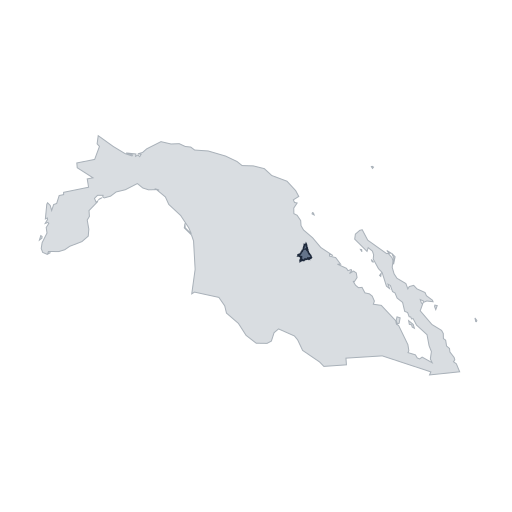 location of San Dimas, Durango, Mexico, rotated 175°
{"feature_id": "50627088B11523678727998", "entity_name": "San Dimas", "entity_type": "district", "adm_level": 2, "iso_a3": "MEX", "parent_name": "Mexico", "parent_adm1": "Durango", "projection": "orthographic", "projection_center": [-105.745, 24.115], "detail": "fine", "context": "in_parent", "style": "filled", "palette": "slate", "viewbox_px": 512, "rotation_deg": 175, "n_neighbors": 0, "source": "geoboundaries", "source_scale": "gbopen_adm2", "svg_char_len": 6394}
<svg xmlns="http://www.w3.org/2000/svg" viewBox="0 0 512 512"><g transform="rotate(175 256 256)"><path d="M63.2,122.9L93.5,122.4L91.9,125.3L138.9,145.5L175.3,146.4L175.4,139.7L198.0,140.1L201.9,144.9L217.8,157.9L221.8,168.8L224.7,173.0L239.9,181.4L244.7,178.0L248.1,169.9L252.6,168.0L263.4,169.1L272.8,177.8L279.4,190.4L290.4,201.7L291.5,209.1L296.6,218.0L320.4,225.4L323.3,223.9L317.8,248.0L316.9,276.4L318.4,282.5L325.0,290.3L323.9,294.7L324.1,290.3L318.5,283.7L320.5,289.9L327.5,302.9L338.4,315.0L341.1,322.7L348.8,330.3L346.8,330.2L351.0,331.9L349.6,330.8L357.3,331.3L362.8,333.6L367.9,338.5L380.4,333.4L389.7,332.0L395.6,328.3L402.1,327.1L403.5,328.1L403.1,329.8L408.5,330.3L411.9,327.5L410.6,323.4L408.9,324.6L409.3,323.7L418.4,315.8L418.5,310.0L421.0,306.5L420.2,297.3L421.4,290.4L428.2,285.5L440.7,281.9L446.0,278.9L452.1,277.6L462.4,278.6L463.1,277.0L460.4,277.3L463.8,275.8L468.2,278.2L469.3,282.2L467.9,287.9L462.2,297.1L462.5,302.7L459.6,306.5L460.3,307.6L463.2,306.8L460.4,310.7L460.6,312.1L462.6,311.3L459.9,325.8L459.0,327.2L456.6,324.3L455.6,319.1L453.1,324.9L450.0,325.7L446.8,333.4L442.3,333.9L442.1,336.2L416.8,339.1L417.4,347.5L411.6,348.1L426.4,359.5L426.4,364.3L408.3,366.3L402.4,378.8L404.5,381.6L402.7,389.6L388.6,377.5L377.5,369.4L370.8,366.5L370.1,367.4L376.3,370.0L366.7,368.1L367.3,365.8L364.8,366.9L363.2,365.1L361.6,367.3L364.8,368.1L360.0,369.0L355.5,372.3L340.7,378.2L330.9,375.0L322.7,374.6L317.0,371.3L311.5,370.2L307.9,366.9L294.5,364.8L277.6,358.2L266.7,351.8L262.0,347.3L250.8,346.0L240.1,342.3L233.3,334.8L218.6,327.8L210.8,317.7L208.2,311.6L213.9,308.7L213.0,306.0L210.4,305.2L214.2,300.5L214.6,294.9L211.5,293.0L208.4,287.4L208.5,282.3L206.4,277.8L198.0,269.2L190.7,258.8L179.3,249.7L182.6,251.5L182.8,249.5L176.8,247.5L172.4,240.4L175.6,240.7L166.9,235.8L165.7,233.4L162.4,234.2L161.9,233.1L164.4,230.4L160.1,232.5L157.6,230.4L157.2,225.7L160.4,221.7L161.5,222.5L159.4,218.2L156.7,215.5L153.1,215.5L150.7,209.8L146.3,208.4L143.7,205.9L142.0,200.8L143.3,197.7L135.5,195.9L122.6,179.5L122.0,175.7L120.0,174.4L112.4,154.4L112.0,148.4L113.0,146.5L105.8,143.6L104.3,140.4L102.0,139.2L99.3,140.8L89.8,134.3L91.3,138.2L89.6,145.5L91.4,151.5L92.5,162.7L102.1,173.2L105.0,180.0L106.5,179.7L107.2,181.8L108.7,182.1L109.9,186.5L112.7,187.9L114.0,197.0L119.1,201.8L120.7,207.0L123.1,208.7L124.7,214.9L126.9,216.4L125.8,211.9L128.7,214.6L131.8,228.6L135.1,232.7L139.5,242.8L138.7,246.9L139.6,250.7L143.5,254.5L145.0,250.9L156.2,264.2L155.1,269.1L150.4,272.5L147.9,272.9L143.3,262.0L125.7,247.0L124.1,247.1L120.6,242.4L120.0,239.3L121.3,232.7L120.0,226.2L117.5,221.5L109.1,215.5L107.6,210.0L106.0,212.2L101.5,213.0L98.5,209.2L90.8,204.9L89.7,201.6L84.1,196.6L83.6,195.0L89.7,196.3L93.4,195.2L93.2,196.6L96.2,198.3L95.3,194.6L93.9,194.3L97.2,187.1L86.7,172.4L77.6,165.7L76.2,162.5L76.5,157.4L74.4,155.6L74.0,149.7L71.3,147.0L71.2,143.5L67.5,137.7L67.0,135.2L68.5,133.5L65.8,131.1L63.2,122.9ZM122.0,179.6L120.8,183.1L117.8,181.8L119.3,176.5L121.1,176.1L122.0,179.6ZM109.6,178.3L105.4,174.2L104.5,170.2L106.6,171.6L107.0,173.9L109.2,174.5L109.6,178.3ZM468.6,295.1L467.4,294.1L467.7,292.4L470.4,290.7L468.6,295.1ZM120.6,246.9L117.5,243.1L119.7,235.7L118.9,242.3L120.6,246.9ZM82.1,191.5L79.8,190.8L81.6,186.9L82.5,190.0L82.1,191.5ZM43.3,175.2L41.6,172.5L42.1,171.4L42.8,171.5L43.3,175.2ZM123.3,247.1L125.2,250.1L121.2,247.1L123.3,247.1ZM196.5,293.1L196.0,294.3L195.0,293.8L194.5,291.8L196.5,293.1ZM140.8,240.2L141.5,242.5L139.4,239.5L140.8,240.2ZM133.5,224.8L134.6,225.9L132.8,227.9L133.5,224.8ZM133.3,335.0L132.4,335.2L131.2,334.3L132.3,333.1L133.3,335.0ZM406.5,326.7L404.3,327.5L408.1,325.8L406.5,326.7ZM151.4,253.5L150.2,253.2L150.1,251.0L151.4,253.5Z" fill="#d9dde1" stroke="#a8b0b8" stroke-width="1"/><path d="M201.5,251.9L202.3,252.8L202.5,252.9L202.5,253.0L202.6,253.7L203.0,253.7L203.0,253.9L203.1,254.0L203.2,254.3L203.3,254.4L203.3,254.6L203.5,254.7L203.5,254.8L203.5,255.0L203.6,255.3L203.7,255.5L203.6,255.8L203.5,256.0L203.6,256.3L203.8,256.5L203.8,256.4L203.9,256.6L204.0,256.6L204.1,256.8L204.3,256.8L204.4,257.0L204.5,257.0L204.8,257.1L204.8,257.3L204.3,257.8L205.0,257.9L205.2,258.1L205.4,258.3L205.4,258.5L205.5,258.5L205.5,258.8L205.4,258.9L205.5,258.9L205.4,259.0L205.4,258.9L205.2,258.9L204.2,258.4L204.1,259.5L204.4,260.2L204.5,260.2L204.6,260.3L204.6,260.5L204.6,260.8L204.9,261.0L204.7,261.2L204.7,261.4L204.6,261.8L204.8,263.3L205.0,263.8L205.2,263.2L205.6,263.1L205.7,263.3L205.7,263.1L206.2,262.9L206.2,263.3L206.3,263.3L206.5,263.3L206.4,263.2L206.5,263.0L206.4,262.9L206.4,262.7L206.5,262.5L206.4,262.5L206.4,262.4L206.7,262.2L206.9,262.2L207.2,261.9L207.3,261.5L207.3,261.3L207.3,261.1L207.3,260.8L207.4,260.7L207.7,260.5L207.7,260.4L207.7,260.2L207.8,260.5L208.1,259.7L207.7,259.6L207.8,258.5L207.8,258.4L209.5,257.6L209.5,256.9L209.5,256.6L209.8,256.5L209.9,256.4L210.0,256.2L210.3,256.0L210.5,256.0L210.5,255.9L210.7,255.4L210.8,255.3L210.8,255.2L211.0,254.9L211.3,254.8L211.3,254.7L211.5,254.7L211.7,254.3L211.3,254.4L211.8,254.0L212.0,254.1L212.2,253.8L212.4,253.9L212.7,253.7L213.1,253.9L213.6,253.7L213.9,253.6L214.0,253.6L214.2,252.5L213.9,252.5L214.0,252.4L213.9,252.4L212.6,251.9L212.5,252.0L212.4,252.0L212.4,251.9L212.3,251.6L212.2,251.6L211.9,251.4L211.7,251.4L211.3,251.5L211.2,251.5L210.9,251.4L211.0,251.3L211.2,251.2L211.3,251.1L211.5,251.0L211.4,250.9L211.5,250.9L211.5,250.7L211.6,250.4L211.5,250.2L211.4,250.0L211.2,250.0L211.2,249.9L211.1,249.5L210.6,249.1L210.4,249.1L210.6,249.0L211.0,249.1L211.6,249.1L212.0,249.0L212.1,248.9L211.7,248.4L211.9,248.4L212.1,248.4L212.1,248.2L212.2,247.9L212.4,247.8L212.4,247.7L212.5,247.6L212.6,247.4L212.5,247.2L212.5,246.8L211.6,247.5L211.4,247.4L211.7,247.7L211.1,247.4L210.9,247.3L210.5,247.7L210.1,247.6L209.9,247.6L209.6,247.7L209.6,247.8L209.5,247.7L209.4,247.6L209.2,247.5L208.6,247.8L208.5,247.5L208.1,247.9L207.6,248.1L207.6,248.7L207.2,248.7L207.2,248.2L206.2,248.3L205.7,248.3L205.7,248.5L205.3,248.8L205.2,248.7L205.0,248.9L204.9,248.8L204.7,248.7L204.4,248.8L204.3,248.7L204.3,248.8L204.2,248.7L204.2,248.8L204.1,248.7L203.9,248.7L203.7,248.6L203.8,248.8L203.8,249.2L203.8,249.4L203.6,249.5L203.3,249.5L203.4,249.4L203.1,248.9L202.7,249.1L202.4,249.1L202.2,249.0L201.9,249.1L201.7,249.0L201.6,248.9L201.5,249.0L201.2,249.3L201.1,249.5L200.8,249.8L201.0,250.1L201.2,250.3L201.4,251.5L201.5,251.9L201.5,251.9Z" fill="#64748b" stroke="#1e293b" stroke-width="1.5"/></g></svg>